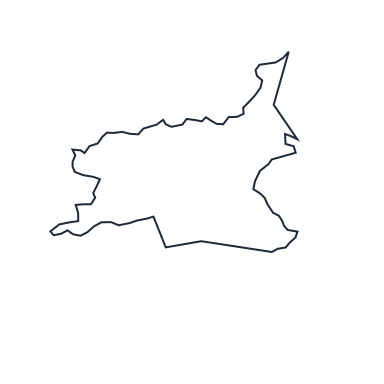 Divina Pastora, Sergipe, Brazil (Equal Earth projection), rotated 66°
{"feature_id": "56859067B98111685296197", "entity_name": "Divina Pastora", "entity_type": "district", "adm_level": 2, "iso_a3": "BRA", "parent_name": "Brazil", "parent_adm1": "Sergipe", "projection": "equal_earth", "projection_center": [-37.165, -10.679], "detail": "fine", "context": "isolated", "style": "outline", "palette": "slate", "viewbox_px": 384, "rotation_deg": 66, "n_neighbors": 0, "source": "geoboundaries", "source_scale": "gbopen_adm2", "svg_char_len": 1349}
<svg xmlns="http://www.w3.org/2000/svg" viewBox="0 0 384 384"><g transform="rotate(66 192 192)"><path d="M275.6,115.9L271.1,111.8L265.6,120.0L260.0,121.7L255.1,121.4L249.1,122.3L243.9,126.4L234.1,128.0L226.9,128.0L221.2,130.3L214.3,134.8L207.6,129.9L200.3,121.3L197.6,110.8L194.7,105.9L198.3,81.3L191.6,80.5L186.1,87.0L176.9,83.4L181.1,79.0L186.6,74.4L145.6,81.9L103.2,46.6L106.5,54.0L107.7,62.9L103.2,78.6L106.5,84.4L112.3,85.4L118.7,82.5L124.4,86.9L129.1,94.6L132.9,103.4L135.8,111.0L141.5,113.0L141.7,120.3L138.5,128.0L142.8,136.0L139.7,141.9L134.2,145.8L129.4,148.9L131.5,154.3L127.7,159.6L123.1,167.2L126.5,173.3L124.1,184.2L119.6,188.3L114.3,189.1L116.1,196.8L115.1,204.2L114.3,210.8L117.5,217.6L113.4,225.3L108.7,231.3L106.2,239.5L103.2,245.5L105.1,251.4L109.3,258.4L108.4,267.0L112.7,274.4L108.7,276.7L104.6,284.0L111.0,283.7L116.0,288.9L120.4,290.8L126.0,290.9L132.3,284.6L138.0,276.0L142.9,270.9L147.7,276.4L152.8,282.7L157.7,282.7L162.1,289.3L158.9,296.6L156.5,303.4L165.0,304.6L172.3,307.8L170.0,315.9L167.6,326.4L170.4,337.4L175.2,336.0L176.9,328.6L176.4,321.3L182.3,317.8L186.6,311.6L186.1,303.6L183.5,295.4L182.8,287.2L186.6,278.2L192.6,272.5L195.0,261.6L195.7,253.9L198.0,243.6L198.8,237.2L231.9,238.5L240.7,203.6L279.3,143.4L278.7,137.0L280.8,129.0L278.0,123.3L275.6,115.9Z" fill="none" stroke="#1e293b" stroke-width="2"/></g></svg>